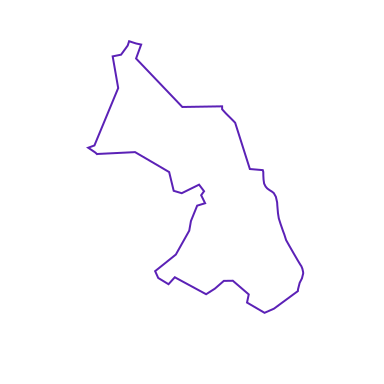 Maynard Hill, Castries, Saint Lucia (Mercator projection), rotated 306°
{"feature_id": "8701671B31339536458012", "entity_name": "Maynard Hill", "entity_type": "district", "adm_level": 2, "iso_a3": "LCA", "parent_name": "Saint Lucia", "parent_adm1": "Castries", "projection": "mercator", "projection_center": [-60.99, 14.003], "detail": "fine", "context": "isolated", "style": "outline", "palette": "violet", "viewbox_px": 384, "rotation_deg": 306, "n_neighbors": 0, "source": "geoboundaries", "source_scale": "gbopen_adm2", "svg_char_len": 1089}
<svg xmlns="http://www.w3.org/2000/svg" viewBox="0 0 384 384"><g transform="rotate(306 192 192)"><path d="M279.0,166.0L255.1,134.2L267.1,68.3L281.4,64.2L279.3,59.5L277.0,52.5L272.7,53.9L261.4,53.9L255.1,48.1L232.7,71.2L172.3,85.7L166.8,82.0L167.1,90.6L166.8,92.9L167.3,93.3L190.8,122.5L194.7,161.8L182.2,176.5L185.0,184.4L202.1,193.4L199.7,201.3L194.8,201.3L190.6,209.2L184.0,204.2L167.9,208.2L159.1,212.5L131.9,215.7L106.3,208.7L102.6,215.2L103.6,227.2L112.9,228.2L117.6,263.5L127.2,267.3L138.8,270.0L144.2,277.2L142.5,298.1L134.9,301.5L136.9,321.7L145.8,326.9L152.1,328.9L174.1,335.9L175.5,335.0L181.8,332.5L186.8,331.7L191.5,329.8L192.5,329.0L194.8,326.4L196.3,324.0L196.9,322.3L198.8,317.8L200.0,315.1L202.2,310.1L205.7,302.3L208.4,296.4L212.0,291.5L213.9,288.6L218.3,282.3L221.7,277.7L225.4,274.0L231.4,268.8L233.6,267.0L237.4,262.7L239.2,258.8L239.3,256.4L239.1,253.7L239.1,250.8L239.7,248.3L241.2,245.4L244.2,242.5L247.3,240.0L250.1,237.9L251.3,236.4L244.6,225.3L273.4,186.2L273.8,184.0L275.5,173.2L276.6,167.8L279.0,166.0Z" fill="none" stroke="#5b21b6" stroke-width="2"/></g></svg>